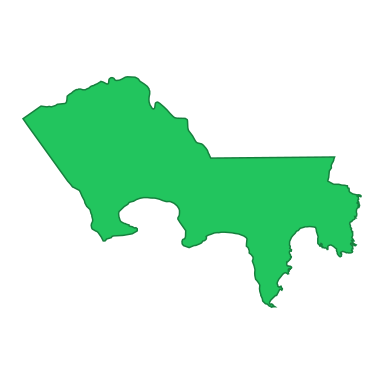 the district of Savannes, Saint Lucia
{"feature_id": "8701671B93850487776066", "entity_name": "Savannes", "entity_type": "district", "adm_level": 2, "iso_a3": "LCA", "parent_name": "Saint Lucia", "parent_adm1": "", "projection": "robinson", "projection_center": [-60.919, 13.77], "detail": "fine", "context": "isolated", "style": "filled", "palette": "green", "viewbox_px": 384, "rotation_deg": 0, "n_neighbors": 0, "source": "geoboundaries", "source_scale": "gbopen_adm2", "svg_char_len": 6007}
<svg xmlns="http://www.w3.org/2000/svg" viewBox="0 0 384 384"><path d="M103.2,240.9L105.0,240.9L105.7,240.3L106.4,239.1L111.3,237.6L112.1,236.4L113.6,235.9L123.0,235.4L132.2,233.8L137.1,231.0L137.3,230.2L137.2,228.7L135.9,227.7L134.6,228.0L132.2,226.7L129.7,226.2L129.1,225.8L129.1,225.0L126.4,224.2L125.4,223.6L124.1,223.4L120.9,221.6L120.1,220.4L118.9,216.7L118.6,213.5L119.0,211.6L124.3,206.5L127.8,204.3L129.0,202.6L130.3,202.0L133.6,201.2L136.5,199.5L140.2,198.2L143.7,197.6L147.7,197.6L150.9,198.0L155.0,198.1L159.5,199.2L162.6,200.5L166.3,201.6L169.7,201.5L170.9,201.8L174.1,203.3L176.0,204.9L177.3,206.1L178.9,208.6L179.5,210.4L179.5,212.7L179.3,215.3L177.9,217.9L177.9,219.1L180.0,222.5L185.7,230.6L185.5,236.6L184.9,238.4L184.5,238.9L183.3,239.2L182.6,239.7L182.0,241.4L182.2,243.9L183.5,245.6L189.1,247.6L193.9,245.6L195.9,245.4L199.8,243.8L201.5,242.9L202.9,241.0L204.6,240.6L206.0,239.4L206.5,238.0L206.1,236.5L208.3,235.1L210.6,234.4L214.5,232.9L217.2,232.6L218.8,232.7L221.3,232.2L224.7,232.2L232.1,232.8L235.4,233.5L238.5,233.9L243.7,235.9L246.1,237.5L247.0,238.9L246.5,243.7L246.4,246.2L248.1,247.6L249.3,250.8L249.2,253.0L251.2,254.6L253.0,257.0L253.1,259.2L252.5,260.4L252.4,261.2L254.1,265.8L255.0,269.8L254.7,273.2L254.9,275.7L255.6,279.2L257.3,281.1L259.1,283.7L259.8,285.2L259.5,288.8L259.9,291.6L260.8,294.5L260.8,295.4L262.3,298.6L262.7,301.0L265.4,303.7L267.5,304.2L268.7,305.6L269.6,306.2L270.5,306.1L271.3,307.2L272.3,306.7L272.8,307.0L273.8,306.5L274.2,306.7L274.9,306.7L272.9,305.4L272.9,304.7L272.3,304.3L271.5,303.9L270.7,304.3L269.6,303.7L269.5,302.3L270.8,300.1L273.2,297.7L275.5,295.5L275.9,295.6L276.6,295.4L279.7,289.4L280.7,289.4L281.8,290.2L282.4,289.0L282.3,288.5L281.7,288.1L281.0,286.2L280.2,286.5L279.8,287.1L279.1,287.2L278.8,286.8L277.8,286.3L277.8,285.2L277.1,283.7L277.4,282.1L278.7,279.4L282.7,274.3L284.5,272.9L285.6,272.7L286.0,273.0L286.8,273.2L287.7,274.0L288.6,273.7L288.3,272.6L288.4,271.5L289.2,271.1L289.2,270.4L288.3,270.3L288.2,269.9L288.6,269.3L288.6,268.9L289.5,268.6L289.5,268.9L290.3,269.2L290.3,268.4L291.3,268.2L291.6,267.7L291.5,267.1L290.5,266.3L289.7,266.3L288.7,265.9L288.1,266.2L287.2,265.7L286.8,265.0L286.7,262.0L287.5,262.0L289.5,260.0L289.7,259.5L290.3,259.2L290.3,258.5L291.1,257.8L291.3,257.2L291.3,256.7L290.6,256.5L290.6,255.2L289.6,253.7L289.3,252.1L289.7,251.0L291.2,251.2L291.5,249.9L289.7,248.3L290.2,247.1L290.2,246.0L289.6,245.5L289.5,245.1L289.6,241.5L291.5,237.3L293.0,235.4L295.0,233.4L296.5,231.2L298.3,230.5L300.2,228.3L304.1,227.2L304.8,226.8L306.9,226.8L309.7,226.5L313.6,226.9L315.5,227.4L316.1,228.9L316.5,231.6L318.2,236.8L317.8,238.5L317.8,242.9L317.9,243.6L318.7,244.3L319.6,245.4L319.9,246.1L320.3,246.1L320.6,244.2L321.0,243.4L321.8,243.9L322.1,244.7L321.7,246.5L322.3,247.6L322.8,247.5L323.0,247.1L323.8,247.8L324.7,248.0L325.6,247.8L326.7,248.6L327.2,249.5L327.8,249.4L327.9,247.8L327.7,246.4L328.9,245.4L330.9,244.9L333.3,246.3L335.5,248.2L336.5,248.8L336.5,250.7L337.4,252.8L337.3,253.7L338.7,255.7L340.1,256.8L341.4,256.1L341.4,255.2L341.7,254.1L341.3,253.5L340.8,253.7L340.4,253.2L340.7,252.4L342.7,251.4L344.5,251.9L346.4,252.8L347.6,252.6L348.3,252.9L350.2,252.9L351.1,252.8L352.2,252.3L352.6,251.6L352.3,250.8L351.6,250.5L351.9,250.0L352.2,248.8L352.9,248.8L352.9,248.4L352.6,247.8L352.7,246.4L350.6,244.1L350.7,243.3L351.5,243.1L352.1,243.4L353.2,244.7L354.4,245.5L355.5,245.7L356.2,244.9L354.7,244.2L353.4,243.3L351.5,240.5L352.0,240.1L352.8,240.4L353.5,241.0L354.0,240.9L351.8,237.4L352.7,235.5L352.6,232.0L352.3,232.1L352.3,231.6L351.9,231.6L351.4,229.7L351.0,229.3L351.5,228.4L350.4,227.2L350.4,225.4L349.6,223.9L349.9,223.3L349.9,222.4L350.7,221.8L351.2,221.8L351.9,221.4L352.0,221.0L352.7,220.2L354.7,219.0L354.9,217.9L355.9,217.9L354.9,216.5L355.4,216.5L356.6,216.0L356.8,213.9L356.3,212.0L356.6,209.4L357.2,208.3L357.8,207.8L358.9,207.5L358.9,207.1L358.1,206.9L358.1,205.8L358.2,205.7L359.0,206.1L359.4,206.1L359.6,205.2L357.2,203.3L357.2,202.5L357.5,202.2L358.9,203.0L358.7,202.0L357.7,200.3L357.9,199.8L358.6,199.4L358.2,196.8L357.1,196.1L357.3,195.8L358.0,195.8L359.1,196.0L360.5,196.7L361.0,196.6L361.0,195.8L360.1,195.1L358.7,194.8L356.9,194.9L352.7,193.9L349.9,192.2L349.0,190.9L349.2,190.3L349.0,188.3L348.0,188.1L347.5,187.0L347.4,185.8L345.8,185.6L345.0,185.3L341.7,185.1L338.9,184.3L333.7,184.3L327.9,181.2L327.7,180.8L328.7,177.5L329.3,171.0L331.4,167.9L331.2,165.5L332.2,163.1L332.8,162.2L333.6,160.5L333.9,158.9L334.6,157.0L210.8,158.1L209.9,156.4L209.1,154.4L208.4,153.3L207.5,150.6L206.0,148.3L203.4,145.3L202.2,144.3L201.5,143.9L197.4,142.9L196.3,142.2L195.1,140.5L192.5,135.8L188.8,130.9L188.2,129.6L187.8,127.6L187.5,120.8L187.2,119.7L186.8,119.4L185.2,118.4L177.0,118.2L174.7,117.7L173.0,116.4L170.0,113.4L166.9,109.8L164.0,107.0L159.8,103.4L157.9,102.2L157.4,102.1L156.6,102.3L155.9,102.7L155.5,103.1L155.3,103.6L154.8,107.3L154.4,108.3L153.7,108.9L153.3,109.0L152.2,108.4L150.0,104.9L149.1,102.0L148.9,99.4L149.1,96.8L149.7,94.0L149.7,92.1L149.7,91.1L148.9,89.3L149.0,88.9L147.3,86.4L144.2,84.0L139.9,81.2L138.5,79.2L137.8,78.6L135.1,77.2L127.4,76.8L125.3,77.2L121.9,79.1L119.4,80.2L116.3,80.5L115.2,80.2L113.9,78.4L113.4,78.1L112.4,77.7L111.0,77.7L110.1,78.3L109.2,79.1L108.9,80.0L108.8,81.4L108.5,83.2L108.2,83.6L107.8,84.0L106.6,83.9L103.2,82.1L100.9,81.4L100.5,81.9L99.9,82.1L97.4,83.7L95.0,84.7L93.5,85.6L92.3,85.8L90.7,86.5L88.5,88.4L87.4,88.6L85.3,89.8L82.9,89.8L80.6,89.1L78.6,89.1L77.7,89.6L76.4,89.6L74.9,90.4L74.4,90.9L73.6,91.1L71.2,93.4L70.6,93.5L69.2,94.5L67.2,96.2L66.9,100.0L66.4,102.1L65.7,103.1L64.8,103.5L57.3,104.3L55.6,105.5L51.3,106.9L49.2,106.4L47.0,106.9L41.0,106.1L23.0,118.7L27.0,124.5L67.7,181.1L70.4,184.1L72.6,187.0L72.9,187.0L79.4,190.4L80.3,192.1L82.1,196.3L84.4,200.6L85.0,203.1L86.7,206.3L90.0,209.5L91.1,213.7L91.8,214.9L91.9,216.5L92.6,219.2L92.7,220.3L92.5,221.6L91.5,223.7L91.2,225.4L91.6,227.5L92.0,228.6L92.4,229.1L95.7,231.0L97.1,231.6L98.1,232.5L101.3,237.1L103.2,240.9Z" fill="#22c55e" stroke="#15803d" stroke-width="1.5"/></svg>